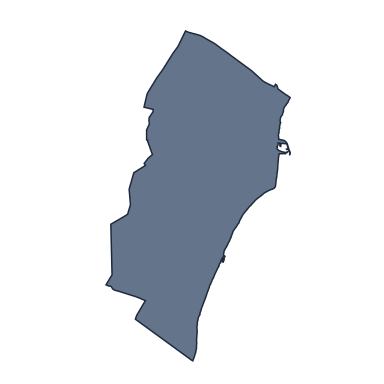 the district of Joondalup, Western Australia, Australia, rotated 216°
{"feature_id": "25037944B62034941870385", "entity_name": "Joondalup", "entity_type": "district", "adm_level": 2, "iso_a3": "AUS", "parent_name": "Australia", "parent_adm1": "Western Australia", "projection": "mercator", "projection_center": [115.744, -31.78], "detail": "fine", "context": "isolated", "style": "filled", "palette": "slate", "viewbox_px": 384, "rotation_deg": 216, "n_neighbors": 0, "source": "geoboundaries", "source_scale": "gbopen_adm2", "svg_char_len": 5919}
<svg xmlns="http://www.w3.org/2000/svg" viewBox="0 0 384 384"><g transform="rotate(216 192 192)"><path d="M291.9,318.5L289.5,304.9L289.0,302.2L288.9,301.1L288.9,300.2L288.9,294.0L288.9,292.6L287.6,273.6L287.6,266.2L287.6,264.3L286.3,247.6L286.1,245.8L285.7,244.5L285.5,243.8L280.7,232.4L271.9,236.0L271.7,235.6L270.7,234.0L270.4,227.0L268.9,224.6L266.5,222.0L265.2,215.5L259.3,207.4L258.1,207.9L257.7,207.0L246.0,199.0L247.3,193.9L247.5,187.0L245.3,186.1L250.4,173.4L244.5,157.3L234.3,145.5L231.0,136.1L232.5,132.4L238.7,118.2L208.0,78.0L207.0,66.4L205.7,66.6L204.3,67.0L203.7,67.2L202.5,67.9L202.2,68.0L201.6,68.0L201.0,67.7L199.2,67.0L198.2,66.9L197.2,67.1L195.5,67.6L193.6,68.4L176.2,74.2L174.2,74.8L165.9,76.7L165.0,67.8L164.3,60.2L164.1,59.4L163.6,57.5L163.0,55.8L93.5,55.7L92.1,55.9L93.0,59.0L93.1,59.5L93.4,60.4L93.7,61.3L94.0,62.0L94.5,63.9L95.9,66.6L96.0,67.2L96.1,67.3L96.6,68.4L97.1,69.1L97.9,70.0L99.1,72.2L99.4,72.5L99.8,73.1L100.2,73.4L101.2,74.9L101.5,75.3L102.1,76.1L102.8,77.4L103.5,78.4L104.0,79.2L104.2,79.5L104.9,80.9L105.1,81.2L106.7,83.3L108.3,85.2L109.1,86.4L109.4,87.0L109.6,87.5L109.8,87.9L110.2,88.6L110.4,88.7L110.8,89.2L111.0,89.6L111.4,90.4L111.5,90.8L111.7,91.2L111.9,92.0L112.6,93.0L112.9,93.5L113.0,94.2L113.3,95.0L113.4,95.9L113.4,96.4L113.5,97.1L113.5,97.6L113.8,97.9L114.1,98.0L114.2,98.4L114.3,98.6L114.4,99.0L114.5,99.1L114.5,99.4L114.7,99.7L114.7,100.0L114.9,100.6L115.0,101.1L115.1,101.4L115.4,102.3L115.8,102.9L115.9,103.5L116.2,104.3L116.3,104.8L116.5,105.6L116.6,106.4L117.1,107.3L117.2,108.0L117.2,108.4L117.4,109.1L117.7,109.6L117.9,110.5L118.0,110.9L117.9,111.0L118.0,111.5L118.3,112.1L118.5,112.9L118.5,113.0L118.7,113.6L118.7,113.8L119.0,114.3L118.9,114.7L119.4,116.0L120.0,118.1L120.8,120.3L120.8,120.5L120.9,121.1L121.1,122.0L121.4,122.6L121.5,123.2L122.2,125.6L122.6,126.3L122.7,126.8L122.9,127.4L122.8,127.9L122.9,128.2L122.8,128.4L122.8,128.6L123.0,128.8L123.3,129.9L123.5,131.3L123.7,132.0L124.0,132.5L124.1,132.9L124.1,134.3L124.2,135.0L124.4,136.1L124.7,136.6L124.8,137.1L125.0,138.4L125.2,138.8L125.5,140.3L125.6,141.3L125.9,142.6L126.1,143.7L126.3,144.7L126.5,146.3L126.6,147.4L126.6,147.8L127.0,148.4L127.2,149.2L127.4,149.6L127.5,149.8L127.6,151.0L127.3,151.5L127.7,151.7L127.6,153.2L127.2,153.6L127.1,154.0L126.7,154.0L126.7,154.3L126.8,154.3L127.2,154.1L127.4,153.7L128.0,153.3L128.6,155.0L127.7,155.4L127.7,155.5L127.9,155.5L128.4,156.5L128.7,156.7L128.7,156.8L128.7,157.4L128.6,157.7L128.3,158.1L128.2,158.4L127.9,158.4L127.9,158.0L126.5,155.8L125.9,153.6L125.2,153.1L125.5,153.6L126.2,156.0L127.4,157.9L127.4,159.1L127.4,159.3L127.6,159.4L129.3,159.4L129.7,159.9L130.1,160.7L130.3,161.2L130.5,161.5L131.2,162.9L131.5,164.1L131.5,164.5L131.8,165.9L131.8,167.5L132.1,168.5L132.0,168.8L132.0,169.3L132.7,172.1L132.7,172.9L132.8,173.4L133.0,174.9L133.5,176.7L133.7,178.1L134.1,179.1L134.3,179.9L134.5,180.5L134.7,181.3L135.6,184.2L135.7,185.1L135.7,185.6L135.8,187.8L135.7,189.2L135.8,191.0L136.0,193.4L135.9,193.9L135.9,194.7L136.1,195.3L136.5,196.4L136.7,197.5L137.1,200.8L137.5,203.7L137.4,204.7L137.5,205.7L137.4,206.2L137.3,207.5L137.3,208.3L137.1,210.7L137.0,213.4L137.0,213.9L136.8,214.7L136.5,215.9L136.4,216.2L136.5,217.3L136.2,219.0L136.1,219.6L136.1,220.3L136.1,221.0L136.0,221.5L135.6,224.0L135.3,225.0L135.0,225.7L135.0,226.4L134.5,227.8L134.3,228.4L133.8,229.9L133.6,230.7L133.2,232.5L132.8,234.1L131.8,236.1L131.3,237.2L130.8,238.1L130.6,238.7L129.9,239.7L129.5,240.5L128.8,241.3L128.3,242.2L128.0,242.8L127.8,243.3L127.7,244.5L127.7,245.2L127.9,245.8L128.2,246.4L129.0,247.7L129.7,249.0L130.9,251.0L131.3,251.9L132.6,254.5L134.0,256.8L134.3,257.5L134.6,258.2L135.3,259.3L135.8,260.1L136.1,260.7L136.8,261.9L138.2,263.9L139.0,265.1L139.4,266.0L141.1,268.8L141.5,269.4L142.0,270.3L142.4,270.9L142.9,272.1L143.7,273.4L143.9,273.9L143.9,274.2L140.6,276.7L139.5,277.8L139.1,277.7L139.1,278.0L138.1,280.5L138.1,280.8L138.4,280.8L138.8,279.9L139.3,279.1L142.1,277.8L143.4,277.3L145.9,276.7L146.8,276.6L147.1,276.7L147.3,276.8L148.2,276.9L148.7,277.1L149.0,277.4L149.1,277.6L149.2,278.1L149.5,278.2L149.6,278.4L149.5,278.5L149.6,279.0L150.0,279.3L150.0,280.0L150.1,280.4L150.4,281.4L150.7,281.9L150.7,282.2L150.7,282.3L150.4,282.4L150.4,282.5L150.5,282.5L149.8,283.0L148.7,282.7L148.5,282.3L148.8,282.1L148.3,281.3L147.2,281.0L147.2,280.9L147.0,281.0L148.6,283.7L144.6,286.1L144.0,286.4L143.5,286.6L141.0,284.7L139.9,283.7L139.7,283.6L139.7,283.4L139.7,283.2L140.8,282.2L140.6,282.0L140.4,282.1L139.6,282.8L139.3,283.1L139.2,283.2L138.6,282.7L137.8,282.4L136.7,281.8L136.2,281.5L136.0,281.3L135.7,281.0L135.1,279.7L134.9,279.6L134.8,279.8L135.1,280.6L135.3,281.1L136.1,281.9L136.7,282.3L137.7,282.8L138.7,283.4L140.2,284.7L142.8,286.6L143.7,287.2L144.7,287.6L146.1,287.9L147.1,287.9L147.8,287.8L148.2,287.7L152.9,285.6L153.1,285.9L153.3,286.3L155.4,288.6L155.7,289.1L156.2,289.9L156.3,290.9L156.4,291.0L157.6,292.7L158.1,293.7L158.4,294.4L158.6,295.4L158.8,295.6L159.2,295.8L159.6,296.1L159.7,296.4L160.2,297.9L160.5,298.4L160.8,299.0L160.9,299.4L160.9,300.1L161.1,300.2L161.5,300.3L161.8,300.6L162.2,300.9L163.4,302.8L163.8,303.7L164.1,304.5L164.3,305.4L164.3,306.6L164.2,307.5L164.6,308.1L165.3,310.6L165.7,311.4L166.7,312.9L166.8,313.2L167.0,314.4L167.3,315.9L167.2,316.2L167.0,317.9L167.2,318.6L167.1,320.1L167.1,321.0L167.2,321.6L167.3,322.0L167.6,322.6L167.7,322.8L167.8,324.8L168.0,325.9L168.1,326.1L172.2,326.1L172.7,326.0L173.3,325.9L173.7,325.9L182.5,325.9L183.0,326.0L183.5,326.3L185.2,327.6L185.7,327.9L186.6,328.2L187.2,328.3L187.8,328.2L187.7,327.6L187.5,326.5L187.5,325.3L188.4,325.3L189.1,325.2L191.4,324.7L196.6,323.8L198.0,323.6L198.8,323.6L200.2,323.5L200.9,323.6L214.6,325.1L241.3,325.3L243.2,325.4L244.9,325.4L248.7,325.4L252.6,325.3L259.7,325.4L261.6,325.3L263.6,325.1L271.3,324.2L273.3,324.1L276.1,323.7L278.2,323.2L279.2,322.8L288.7,319.2L289.8,318.9L291.9,318.5Z" fill="#64748b" stroke="#1e293b" stroke-width="1.5"/></g></svg>